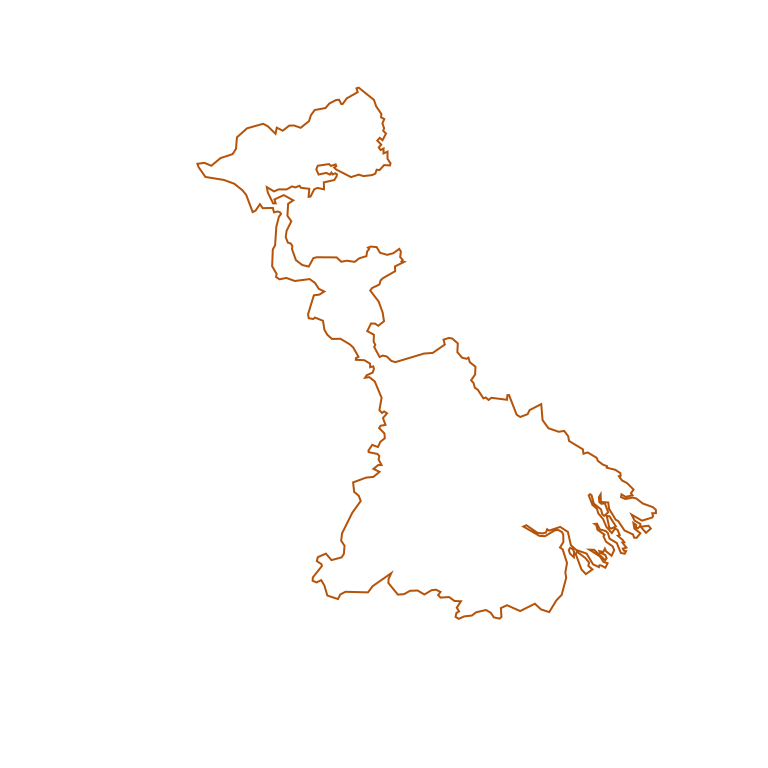 outline of West Bengal, rotated 317°
{"feature_id": "IND-3257", "entity_name": "West Bengal", "entity_type": "State", "adm_level": 1, "iso_a3": "IND", "parent_name": "India", "parent_adm1": "", "projection": "mercator", "projection_center": [88.164, 24.386], "detail": "fine", "context": "isolated", "style": "outline", "palette": "amber", "viewbox_px": 768, "rotation_deg": 317, "n_neighbors": 0, "source": "natural_earth", "source_scale": "10m", "svg_char_len": 6167}
<svg xmlns="http://www.w3.org/2000/svg" viewBox="0 0 768 768"><g transform="rotate(317 384 384)"><path d="M458.2,103.6L473.1,111.3L474.8,116.3L475.3,127.0L480.4,123.4L482.7,129.7L490.9,130.4L494.5,133.6L497.8,139.8L508.4,140.6L514.0,137.5L520.2,136.4L529.5,142.3L535.3,141.6L542.6,143.6L545.0,145.5L543.7,150.1L544.8,151.0L551.7,149.7L563.8,152.6L565.5,149.0L567.6,150.0L570.4,169.4L567.6,175.7L566.2,184.8L563.7,187.0L564.9,190.4L560.6,192.3L558.5,197.0L556.1,198.3L556.3,202.2L549.2,204.7L548.8,201.1L545.1,201.4L545.2,207.1L541.5,207.4L541.1,210.6L544.3,211.5L540.9,215.0L545.0,216.5L540.2,221.6L539.3,227.0L537.4,228.2L533.4,224.0L526.6,224.5L524.8,222.3L521.1,224.2L517.8,223.1L510.7,217.9L508.4,213.7L501.0,210.2L495.3,194.5L495.2,191.7L497.6,192.2L498.4,190.4L494.0,188.4L493.7,185.6L484.4,179.2L480.9,180.8L479.0,186.2L485.8,190.3L487.2,194.0L489.7,193.5L489.3,195.7L492.1,196.7L492.6,198.6L490.7,199.9L486.7,200.9L477.5,195.5L472.9,200.7L469.1,195.3L465.8,194.0L458.1,196.8L456.5,195.7L462.5,190.3L457.0,183.8L457.4,181.4L453.3,179.8L451.4,176.7L445.5,175.3L439.6,169.8L434.9,168.1L432.6,160.1L429.6,164.7L426.1,176.3L428.0,178.0L429.7,174.3L439.5,177.5L442.9,187.8L436.8,186.8L428.1,195.1L427.2,201.8L417.3,205.5L412.3,209.5L410.1,215.1L411.6,217.6L411.1,220.6L408.8,222.5L404.1,233.2L405.3,241.1L409.0,246.8L418.1,243.8L421.1,245.3L435.7,259.1L436.1,265.4L440.8,268.4L445.9,274.7L451.7,275.2L458.3,278.5L462.0,275.6L465.3,275.2L465.3,273.4L468.1,274.5L472.0,278.9L470.6,285.3L474.4,291.7L480.0,294.7L487.3,295.6L486.7,298.6L482.4,302.2L482.3,305.9L480.6,306.3L482.0,308.4L472.2,305.5L469.1,309.1L455.4,305.9L452.2,305.9L448.5,308.1L440.8,305.7L437.7,306.2L436.3,320.2L431.7,330.9L426.8,338.1L419.5,337.5L418.6,333.7L415.8,330.9L407.8,333.9L410.2,341.1L405.3,346.0L404.3,349.5L402.1,350.2L399.2,361.2L402.5,362.4L404.8,365.8L405.1,372.2L407.3,375.8L434.0,389.0L440.8,394.5L455.4,396.6L457.8,392.2L462.8,394.5L464.9,397.3L465.7,404.6L459.4,410.7L459.0,417.9L461.5,421.8L463.7,422.3L461.6,426.6L462.7,433.7L457.1,439.2L450.2,440.7L450.2,444.3L447.9,448.7L448.7,452.1L446.9,462.3L449.2,463.3L449.6,467.0L453.1,467.3L463.2,479.4L466.6,476.3L467.9,477.3L460.1,496.9L461.1,501.0L468.4,504.0L472.7,502.4L485.3,505.9L475.3,518.6L474.1,528.5L479.2,538.1L483.8,541.2L483.1,547.8L480.5,551.9L484.9,567.4L482.3,571.0L486.3,573.0L489.2,583.0L488.0,586.1L489.1,592.3L491.1,596.2L489.8,597.1L494.6,604.4L496.1,610.4L494.5,612.5L492.9,611.7L492.3,616.9L494.2,622.2L494.5,631.4L490.1,632.3L489.8,634.8L483.8,631.4L482.4,626.7L480.2,628.4L482.0,632.6L488.5,636.8L490.4,639.8L491.8,648.0L496.7,657.5L497.0,661.5L494.8,663.9L492.0,661.5L490.7,664.2L488.9,664.5L479.5,659.9L476.0,648.4L474.1,654.8L476.0,661.2L474.6,662.6L471.1,662.6L470.4,660.9L472.3,659.1L471.6,655.8L468.5,660.5L469.7,668.0L464.0,668.8L462.1,667.0L463.5,663.9L460.0,655.2L461.8,644.0L460.9,641.2L463.5,628.7L467.2,623.6L462.2,618.2L467.2,612.4L463.9,613.4L460.9,617.3L461.4,620.1L464.2,621.7L460.5,630.7L455.1,630.7L454.8,628.3L457.2,623.6L455.9,614.5L459.9,607.0L459.6,605.1L457.8,605.1L454.0,614.5L454.6,620.6L452.5,624.7L452.1,632.3L449.2,640.1L449.0,648.4L454.5,647.3L455.3,650.0L453.4,655.2L451.5,654.4L452.2,661.2L451.8,663.6L450.2,662.5L449.7,669.0L446.4,667.3L445.8,669.4L447.1,671.3L444.3,672.3L442.0,669.1L445.8,659.1L443.5,650.9L446.1,645.6L445.9,642.7L442.7,637.5L444.5,631.5L442.7,630.1L443.1,631.9L440.7,636.2L442.5,644.6L440.7,645.0L438.8,650.8L440.5,658.6L439.1,662.5L433.3,664.8L432.3,657.8L433.2,655.1L429.9,656.4L427.6,653.1L427.0,654.8L429.2,659.9L428.0,663.3L425.6,663.8L424.6,648.6L421.2,645.2L424.3,657.3L423.2,663.9L425.3,667.6L420.6,669.3L419.0,664.7L417.8,663.5L416.3,664.5L413.9,658.4L416.5,646.2L411.4,636.4L410.7,629.4L417.6,617.6L415.4,608.7L404.7,603.8L404.3,601.5L401.2,603.1L398.1,601.5L394.7,597.3L391.8,584.4L388.7,583.3L394.1,601.1L398.0,605.1L409.4,607.6L412.0,609.8L413.2,613.8L412.3,616.5L407.4,621.9L401.2,623.6L401.9,626.8L395.8,639.7L388.0,645.6L385.1,650.0L370.1,659.4L362.5,659.8L349.3,663.5L345.1,656.0L344.5,647.6L328.7,642.9L323.1,629.7L316.7,627.6L311.0,634.5L308.5,634.4L305.2,629.6L306.1,624.0L304.4,618.8L295.7,613.8L290.4,613.3L284.2,608.7L278.5,606.7L277.5,603.1L280.7,600.9L283.8,601.5L284.7,597.2L292.1,595.4L287.6,590.8L286.3,584.2L279.7,578.8L279.6,575.3L283.5,574.6L281.8,570.0L278.3,567.3L270.0,565.5L267.7,557.9L262.0,553.0L255.4,551.4L250.5,547.5L251.5,532.5L254.4,529.7L260.3,527.3L237.8,524.1L230.2,525.5L214.1,509.7L208.6,508.1L203.7,509.9L198.3,500.1L203.0,490.6L204.3,484.6L199.4,483.2L197.6,479.2L200.1,476.9L214.4,474.8L215.4,473.3L214.1,467.7L217.5,465.5L225.8,468.4L225.5,477.0L234.8,481.9L238.9,480.8L244.8,475.4L245.8,469.4L251.5,464.6L273.1,456.5L287.2,453.7L289.3,448.5L288.6,442.5L294.3,434.9L307.0,440.2L312.9,444.7L320.8,445.2L318.4,438.9L324.4,439.3L326.9,441.6L328.5,435.6L331.5,433.4L331.5,430.7L326.3,423.4L327.2,422.1L333.9,420.5L336.6,426.0L342.0,423.8L347.6,424.2L350.6,420.5L350.4,412.9L353.0,412.2L357.2,414.9L360.0,408.2L366.2,407.5L365.4,404.2L362.8,403.8L362.8,400.0L372.8,392.5L379.0,375.8L377.9,368.9L374.4,366.5L377.3,365.8L383.4,367.9L387.0,366.1L388.1,363.7L385.3,362.3L387.7,359.6L385.8,353.1L379.9,347.1L381.1,345.9L383.9,346.7L386.4,336.3L386.0,331.6L383.0,321.2L376.7,315.6L376.1,309.3L377.4,303.7L382.5,296.2L378.8,288.3L376.6,288.2L373.8,284.6L376.0,281.2L393.2,271.3L397.8,274.6L403.4,275.6L401.2,269.9L402.5,263.1L401.2,256.6L389.0,247.8L384.9,239.8L379.0,236.2L378.0,232.1L380.5,230.3L382.5,221.6L394.5,209.7L398.8,208.4L412.6,195.5L421.4,189.9L424.5,189.5L425.1,187.9L424.0,185.4L420.6,183.4L422.8,179.4L415.2,172.7L415.9,167.9L408.4,169.6L405.2,168.7L412.2,151.7L412.6,145.8L411.1,135.5L406.1,125.6L394.6,110.8L396.3,98.9L397.7,95.7L403.6,99.9L406.5,106.6L418.6,107.3L430.0,112.6L436.1,111.1L444.7,103.3L458.2,103.6ZM401.9,654.4L408.2,639.2L410.7,638.2L412.6,648.5L412.2,654.4L409.4,656.4L410.0,661.8L402.0,660.7L401.9,654.4ZM450.9,642.5L456.9,632.5L458.7,634.5L456.5,646.3L451.5,644.7L450.9,642.5ZM474.4,663.4L480.8,668.1L480.5,671.7L474.1,671.5L474.4,663.4ZM404.7,640.2L404.3,634.8L405.9,631.5L408.2,630.8L409.4,633.2L408.7,636.3L404.7,640.2Z" fill="none" stroke="#b45309" stroke-width="2"/></g></svg>